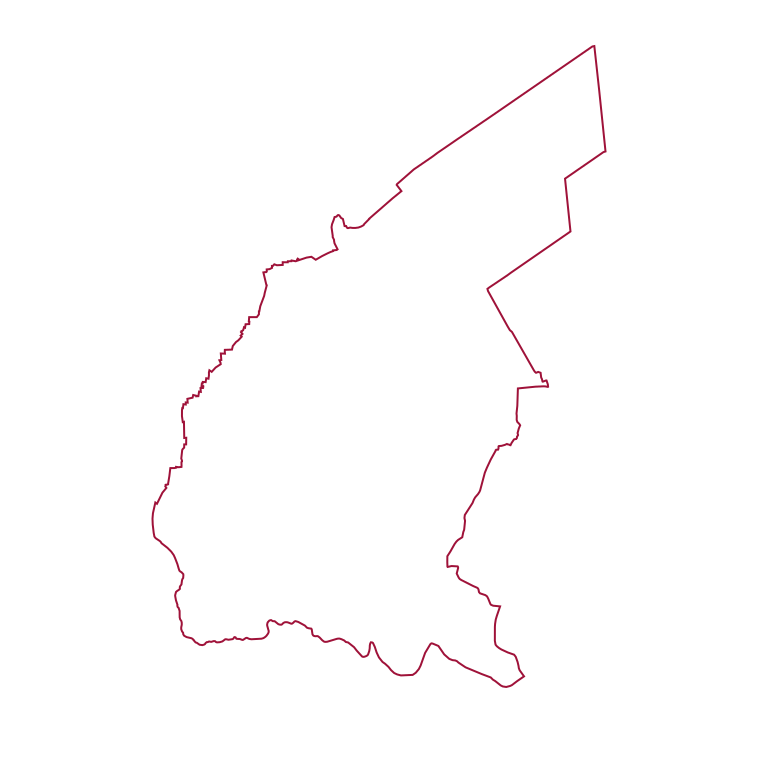 Wihan Daeng, Saraburi, Thailand, rotated 174°
{"feature_id": "78962969B45095827197319", "entity_name": "Wihan Daeng", "entity_type": "district", "adm_level": 2, "iso_a3": "THA", "parent_name": "Thailand", "parent_adm1": "Saraburi", "projection": "robinson", "projection_center": [100.989, 14.34], "detail": "fine", "context": "isolated", "style": "outline", "palette": "rose", "viewbox_px": 768, "rotation_deg": 174, "n_neighbors": 0, "source": "geoboundaries", "source_scale": "gbopen_adm2", "svg_char_len": 6141}
<svg xmlns="http://www.w3.org/2000/svg" viewBox="0 0 768 768"><g transform="rotate(174 384 384)"><path d="M600.1,149.1L598.4,146.7L597.2,146.2L594.7,144.0L592.0,143.3L590.2,143.6L589.3,144.0L588.4,145.1L587.2,145.8L586.4,145.7L584.9,146.2L582.8,145.6L580.4,146.1L579.3,146.0L578.8,145.8L578.0,144.9L577.1,144.5L574.3,144.4L571.6,144.9L568.6,146.7L567.5,146.6L565.4,145.9L561.2,146.1L560.4,146.6L559.4,147.8L558.9,147.9L558.1,147.5L557.5,146.2L556.9,145.9L554.1,145.5L551.7,144.3L550.8,144.3L548.0,145.8L546.9,145.9L544.5,144.5L542.5,144.0L532.5,143.5L530.4,143.9L528.5,144.9L527.3,145.8L525.4,147.9L524.7,149.2L524.5,150.4L525.4,155.8L525.4,156.8L524.9,158.5L524.3,159.4L522.9,160.6L522.1,160.9L521.0,161.0L519.4,159.8L517.5,159.5L514.2,156.2L513.1,155.7L511.8,155.4L511.0,155.4L510.5,155.7L509.0,156.9L507.6,157.4L506.7,157.4L505.6,157.3L504.4,156.9L501.3,155.3L500.5,155.3L499.4,155.9L497.8,157.2L496.7,157.4L494.1,156.3L487.9,152.0L486.1,149.7L484.6,149.0L481.9,148.3L481.5,147.5L481.3,142.6L480.9,141.7L480.4,141.0L479.0,140.4L476.4,140.2L476.0,140.0L474.5,138.6L472.2,135.6L470.6,134.1L469.6,133.7L467.5,133.6L457.5,135.5L456.1,135.6L454.7,135.4L452.9,134.6L450.4,133.1L448.9,131.4L446.7,130.7L441.3,125.4L439.0,121.7L434.3,115.3L433.3,114.8L431.9,114.8L430.0,115.3L429.0,115.8L428.2,116.5L426.6,119.9L425.9,122.4L425.4,125.6L424.8,127.4L424.0,128.5L422.6,128.1L422.0,127.5L420.6,123.4L419.4,117.8L417.6,112.6L415.4,109.1L414.5,107.7L412.2,105.7L409.1,102.2L406.9,98.7L404.1,95.5L401.3,93.8L397.6,92.4L385.9,91.7L382.6,93.5L379.1,96.9L377.0,100.2L371.2,112.3L365.1,120.4L364.0,121.1L362.8,120.8L357.3,117.8L352.4,108.8L347.8,103.8L344.7,102.2L342.0,101.6L340.4,100.7L339.1,99.2L332.5,93.7L317.1,85.3L308.5,81.0L306.6,78.6L304.4,76.9L299.4,72.0L297.5,70.8L294.1,69.9L290.2,70.5L288.4,71.1L282.8,74.5L275.3,78.6L279.0,85.1L279.6,87.3L279.7,89.7L280.2,93.6L281.5,98.9L282.9,101.2L289.0,104.1L295.0,107.7L297.2,109.4L299.2,111.4L300.3,113.1L300.6,117.0L299.1,130.9L298.6,133.8L297.5,138.0L296.1,141.4L291.8,150.7L298.6,152.1L300.6,153.2L301.2,154.1L302.8,159.7L303.7,162.0L305.2,163.4L310.4,165.8L311.3,167.2L311.5,169.8L312.0,171.0L312.8,171.7L316.5,173.8L327.5,180.9L329.1,182.2L329.9,183.5L331.5,187.9L329.5,193.3L329.5,194.2L329.8,194.9L335.9,195.9L339.8,195.4L340.0,195.7L339.7,200.0L339.0,206.1L335.4,210.6L330.5,217.5L328.5,219.7L326.6,221.2L322.2,223.4L320.6,228.5L319.6,230.5L319.4,231.2L317.7,239.4L318.0,242.3L317.3,245.3L308.4,256.4L306.7,259.6L305.2,261.7L301.9,264.8L300.3,266.8L299.5,268.2L293.0,285.2L290.4,290.0L285.7,297.8L280.0,305.9L279.9,306.4L279.3,306.9L277.4,306.8L276.9,307.8L276.6,310.0L276.2,310.3L273.6,310.2L270.2,310.8L268.0,311.5L267.2,311.0L266.0,310.7L265.0,310.0L264.6,309.9L263.3,312.0L260.6,315.2L260.2,315.4L258.3,315.5L257.5,316.4L257.2,317.8L256.2,318.8L256.0,319.3L256.3,321.2L254.6,325.6L252.9,328.7L253.6,330.1L255.4,332.4L255.8,334.4L255.3,338.4L255.3,340.8L253.7,348.3L251.3,365.6L233.6,365.5L225.3,365.0L223.6,364.7L221.4,364.0L221.1,364.1L221.1,366.5L222.0,370.5L222.4,370.6L225.8,369.7L226.1,369.9L226.4,372.4L227.0,374.0L227.1,378.8L229.4,379.9L231.3,379.3L231.7,379.3L232.7,380.4L233.5,381.9L251.3,422.4L253.2,424.4L255.0,428.3L270.8,465.5L271.2,467.8L269.4,468.9L249.6,479.4L246.2,481.4L182.6,516.2L182.5,569.3L141.5,591.7L139.4,592.1L139.3,653.3L139.5,698.1L141.5,697.9L249.6,639.0L285.6,619.7L306.8,608.2L311.8,605.2L331.9,594.3L350.2,581.4L350.6,580.7L346.5,574.0L356.0,567.8L381.5,549.9L381.4,549.7L386.9,545.2L387.7,544.1L390.3,543.0L393.1,542.3L396.4,542.2L398.9,542.5L401.4,543.1L403.2,542.8L404.0,542.9L404.6,543.5L405.1,545.0L406.7,545.2L407.6,552.4L409.3,553.6L410.8,556.3L411.8,556.8L412.4,556.7L413.8,555.4L415.7,555.2L416.9,552.4L419.0,548.3L419.8,545.4L419.5,536.5L419.7,535.6L418.6,532.6L418.7,531.6L418.5,529.1L416.1,522.8L417.1,522.2L420.7,522.2L420.7,521.5L423.3,520.9L426.6,519.8L432.2,517.7L438.9,514.7L442.9,518.1L447.8,517.8L456.5,515.9L455.9,517.0L456.7,517.7L457.4,516.9L457.9,515.6L459.0,515.3L463.0,516.5L463.2,515.8L466.8,516.1L467.0,515.1L472.0,515.7L472.3,513.0L478.1,513.3L480.6,514.5L481.9,513.2L483.1,513.2L483.2,511.2L485.8,510.2L488.7,510.2L488.8,508.3L489.0,507.9L489.5,507.6L490.6,507.7L492.3,507.6L490.6,494.6L490.3,494.4L493.0,487.3L494.0,484.1L498.9,474.3L500.4,469.3L500.8,469.3L501.1,466.4L503.5,463.8L511.1,464.6L511.9,460.3L511.4,460.1L511.8,457.7L515.4,457.9L516.3,454.5L517.3,455.1L518.1,453.0L518.5,452.2L520.0,451.5L519.7,451.3L520.7,450.3L519.5,448.6L521.5,447.1L520.6,445.9L524.4,442.6L526.8,441.2L530.4,437.6L531.6,434.1L538.7,434.6L539.0,432.7L539.0,430.8L543.1,431.4L543.3,424.9L545.2,424.8L544.4,422.5L544.3,420.8L549.7,418.0L554.1,414.1L556.2,415.9L556.9,413.9L557.2,410.8L558.0,407.6L560.2,408.3L561.2,404.5L564.0,405.0L564.3,403.5L565.1,403.6L565.7,400.9L564.0,400.8L564.0,400.2L564.6,400.1L564.5,399.0L566.9,399.1L567.0,395.3L568.7,395.8L569.9,391.3L571.9,391.4L571.8,391.9L574.9,393.0L575.8,390.4L581.1,389.8L581.2,386.0L583.1,386.4L583.3,384.3L585.6,384.9L586.5,381.0L587.1,381.2L587.6,379.4L588.3,373.2L588.1,367.1L586.9,367.3L588.3,351.2L586.3,351.2L587.1,344.6L589.0,344.8L589.4,341.6L591.1,340.2L591.6,339.4L593.4,331.1L592.9,328.8L593.0,328.0L593.6,327.5L593.9,323.8L594.1,322.7L596.9,322.7L599.4,323.3L599.4,322.5L601.1,322.3L605.3,322.7L607.1,314.8L609.1,307.6L609.2,306.8L610.5,306.5L611.3,306.7L611.8,306.5L611.8,305.7L612.2,305.0L611.3,303.4L615.7,299.1L622.3,288.6L623.8,290.0L627.3,279.6L628.3,274.3L628.7,268.3L628.6,260.0L628.3,256.3L627.7,255.2L627.0,254.3L623.5,251.4L622.6,250.4L621.9,248.9L616.5,243.7L613.1,239.5L611.0,235.8L610.0,232.8L608.3,226.5L607.5,222.0L607.0,219.8L606.3,218.9L605.0,217.9L603.5,215.9L603.5,214.8L604.0,212.1L604.9,211.0L605.4,209.9L606.4,205.8L607.8,204.3L608.3,203.4L608.4,201.6L609.7,200.6L611.2,199.9L612.6,198.9L613.8,195.7L613.8,194.3L613.5,190.6L612.5,186.0L612.7,185.2L612.6,184.2L612.4,183.6L611.7,182.9L611.0,179.7L611.6,173.3L611.3,171.2L610.3,169.4L610.1,167.7L610.3,165.7L611.1,163.2L611.3,161.4L610.7,159.0L609.8,157.6L609.8,156.1L609.2,154.7L608.2,153.9L606.7,152.9L602.1,151.3L601.1,150.6L600.0,149.2L600.1,149.1Z" fill="none" stroke="#9f1239" stroke-width="2"/></g></svg>